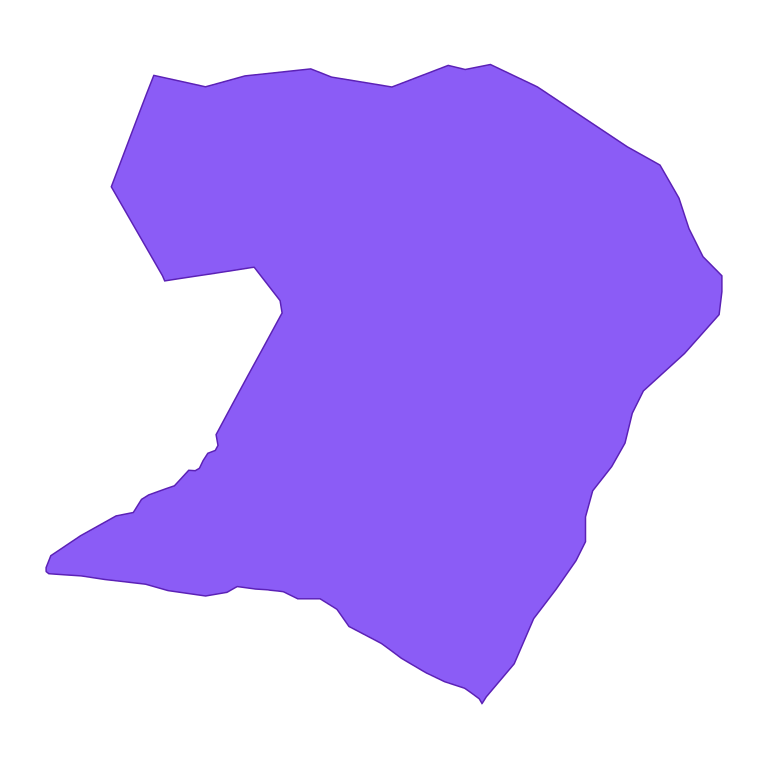 outline of Tawila, North Darfur, Sudan
{"feature_id": "16777658B31979964775583", "entity_name": "Tawila", "entity_type": "district", "adm_level": 2, "iso_a3": "SDN", "parent_name": "Sudan", "parent_adm1": "North Darfur", "projection": "robinson", "projection_center": [24.702, 13.314], "detail": "fine", "context": "isolated", "style": "filled", "palette": "violet", "viewbox_px": 768, "rotation_deg": 0, "n_neighbors": 0, "source": "geoboundaries", "source_scale": "gbopen_adm2", "svg_char_len": 1873}
<svg xmlns="http://www.w3.org/2000/svg" viewBox="0 0 768 768"><path d="M153.8,75.4L146.5,94.0L141.4,107.3L111.3,186.8L162.5,275.8L164.7,280.9L165.4,280.8L177.5,278.9L183.4,278.0L215.3,273.2L251.2,267.6L253.6,267.3L254.2,267.3L254.4,267.5L279.9,300.4L280.1,300.7L282.1,313.1L281.4,314.2L264.4,345.5L248.3,374.9L232.7,403.7L216.6,433.7L216.1,434.6L216.3,435.9L217.9,444.9L218.0,445.4L217.8,445.8L215.4,450.2L215.1,450.5L208.0,453.2L207.8,453.3L203.1,460.6L199.9,467.3L199.4,468.2L198.7,468.7L195.9,470.3L195.3,470.7L189.0,470.3L188.7,470.3L188.5,470.5L174.7,485.5L174.3,485.9L174.1,485.9L166.5,488.5L148.7,494.9L141.5,499.4L133.3,512.5L116.1,515.9L80.6,535.7L50.8,555.7L46.1,567.6L46.1,570.4L46.2,571.6L48.8,573.7L55.7,574.2L57.3,574.3L65.9,574.9L81.2,575.9L104.9,579.5L145.6,584.2L167.7,590.5L168.1,590.6L204.3,595.8L205.8,596.0L206.1,595.9L226.0,592.5L226.8,592.4L227.6,592.0L235.1,587.7L237.2,586.6L237.6,586.6L254.6,588.9L254.9,589.0L266.2,589.7L267.4,589.8L267.8,589.8L270.1,590.2L277.9,591.0L283.2,591.7L283.7,591.9L284.6,592.3L287.6,593.8L297.4,598.6L297.7,598.8L298.0,598.8L319.9,598.8L320.2,598.8L320.4,599.0L336.3,608.9L337.0,609.4L337.3,609.8L348.7,626.1L349.0,626.5L349.4,626.7L380.7,643.1L381.4,643.5L382.0,643.9L394.1,652.8L401.4,658.3L422.6,670.8L426.3,672.9L426.5,673.1L426.9,673.2L444.6,681.7L454.7,685.0L464.2,688.1L464.8,688.4L465.0,688.5L471.0,692.7L479.1,698.7L479.3,698.9L482.0,703.5L482.2,703.3L483.8,700.8L486.3,696.8L514.2,663.8L533.7,618.6L556.0,589.4L576.0,560.7L585.5,541.7L585.5,516.9L592.7,490.8L611.7,466.6L625.0,443.1L632.3,413.2L643.4,390.9L684.6,353.4L719.1,314.6L721.9,291.7L721.9,275.8L703.0,256.7L689.0,228.7L684.6,215.4L679.0,198.2L660.0,165.1L627.1,146.7L537.4,86.9L490.4,64.5L465.2,69.5L448.2,65.4L391.9,87.0L331.6,77.1L310.8,68.9L245.0,75.9L205.5,86.8L153.9,75.4L153.8,75.4Z" fill="#8b5cf6" stroke="#5b21b6" stroke-width="1.5"/></svg>